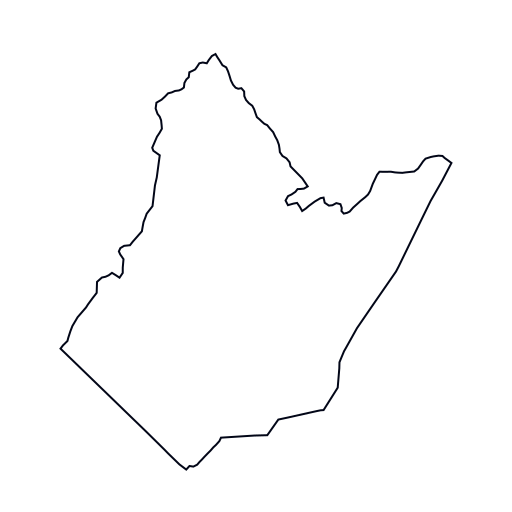 outline of Mata Grande, Alagoas, Brazil, rotated 354°
{"feature_id": "56859067B63231948696973", "entity_name": "Mata Grande", "entity_type": "district", "adm_level": 2, "iso_a3": "BRA", "parent_name": "Brazil", "parent_adm1": "Alagoas", "projection": "natural_earth1", "projection_center": [-37.735, -9.033], "detail": "fine", "context": "isolated", "style": "outline", "palette": "ink", "viewbox_px": 512, "rotation_deg": 354, "n_neighbors": 0, "source": "geoboundaries", "source_scale": "gbopen_adm2", "svg_char_len": 2589}
<svg xmlns="http://www.w3.org/2000/svg" viewBox="0 0 512 512"><g transform="rotate(354 256 256)"><path d="M170.8,145.8L169.5,151.1L165.5,167.6L162.9,175.2L158.3,195.6L151.7,202.5L149.8,206.5L147.7,210.5L146.1,215.9L145.1,219.5L135.0,228.8L131.8,232.1L125.9,232.1L121.9,234.0L120.1,237.1L121.1,240.2L123.9,245.3L122.3,253.5L121.7,258.9L118.0,263.3L114.4,260.3L111.0,257.7L107.5,259.8L104.2,260.9L100.5,261.3L95.2,265.1L93.7,276.0L89.1,280.8L83.9,286.5L81.6,289.4L72.2,298.2L66.1,306.4L63.5,311.5L60.8,317.6L59.6,320.8L54.7,324.7L51.9,327.7L129.6,420.6L144.7,439.0L148.0,443.2L155.6,452.3L158.0,455.2L164.3,461.1L167.9,457.9L171.7,458.9L175.7,457.4L178.2,455.0L180.9,452.8L183.6,450.4L187.3,447.3L190.4,444.8L193.6,441.8L196.3,439.8L200.2,436.3L202.2,433.0L235.8,434.4L248.5,435.4L261.1,421.0L270.6,420.0L292.2,417.5L300.1,416.6L304.0,416.2L307.1,416.3L323.5,395.5L327.1,376.5L327.9,370.4L330.6,365.4L333.6,359.9L335.7,357.0L348.9,338.3L362.1,322.8L368.5,315.3L393.6,286.1L396.8,281.3L408.4,262.7L424.8,236.4L435.4,219.5L440.6,212.3L449.0,200.6L460.1,183.9L456.6,180.7L453.9,178.3L451.9,176.0L448.1,175.3L443.1,175.5L440.2,175.8L434.8,176.9L432.1,179.3L429.3,182.6L426.3,186.0L422.2,188.5L419.1,188.5L413.5,188.5L410.2,188.6L405.7,187.9L403.0,187.4L399.0,186.3L394.7,185.9L390.9,185.5L387.6,185.1L384.9,187.9L382.6,191.7L379.7,196.4L376.3,203.3L373.8,206.6L370.8,208.9L365.5,212.3L362.0,214.9L357.7,218.0L353.8,221.6L351.1,222.6L347.7,223.0L345.7,220.2L346.3,217.2L345.4,213.3L341.4,211.8L337.3,213.5L333.8,213.5L329.9,210.2L329.3,205.0L326.2,205.2L320.1,208.0L313.8,211.7L310.5,214.0L306.6,216.1L304.8,211.9L302.4,207.5L298.7,207.8L293.1,208.8L291.2,203.9L294.1,199.8L297.8,198.5L301.9,196.3L304.3,193.8L307.1,194.0L310.7,194.0L314.7,192.2L310.1,183.6L299.7,170.5L299.2,166.3L296.5,162.1L292.8,159.3L290.6,155.2L290.6,151.7L290.4,147.8L289.2,143.0L287.6,139.2L286.0,134.6L283.1,130.6L280.8,127.0L278.1,125.4L275.9,123.0L273.9,120.6L271.4,118.0L270.4,113.9L269.5,109.9L268.0,106.2L264.8,103.2L262.4,99.8L261.1,95.8L261.4,91.1L259.0,87.6L255.8,87.8L253.3,86.5L251.1,83.3L249.4,78.8L248.5,74.1L247.5,69.5L246.1,65.3L242.6,62.8L240.1,57.6L238.3,54.2L236.8,50.9L233.0,52.5L229.6,56.1L227.2,59.2L223.3,58.0L219.8,58.4L217.3,61.5L215.0,64.1L212.5,65.1L208.9,66.3L207.8,71.2L205.2,73.1L202.9,76.4L201.9,80.9L199.4,82.4L196.7,83.3L192.7,83.4L189.3,84.5L185.6,85.0L182.2,87.9L178.4,90.7L173.0,93.1L171.6,98.8L172.9,104.3L174.8,107.4L175.8,111.1L175.8,116.3L175.7,119.6L172.9,123.5L170.0,127.0L167.3,131.8L164.1,137.5L164.9,140.6L170.8,145.8Z" fill="none" stroke="#020617" stroke-width="2"/></g></svg>